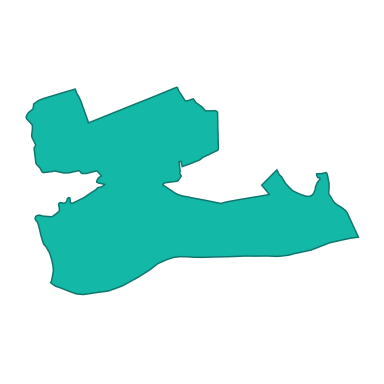 outline of Hai Chau, Đà Nẵng, Vietnam, rotated 91°
{"feature_id": "81297802B10780873415993", "entity_name": "Hai Chau", "entity_type": "district", "adm_level": 2, "iso_a3": "VNM", "parent_name": "Vietnam", "parent_adm1": "Đà Nẵng", "projection": "mercator", "projection_center": [108.212, 16.059], "detail": "fine", "context": "isolated", "style": "filled", "palette": "teal", "viewbox_px": 384, "rotation_deg": 91, "n_neighbors": 0, "source": "geoboundaries", "source_scale": "gbopen_adm2", "svg_char_len": 3878}
<svg xmlns="http://www.w3.org/2000/svg" viewBox="0 0 384 384"><g transform="rotate(91 192 192)"><path d="M285.0,331.8L287.2,329.0L288.7,326.5L290.1,322.0L293.2,313.8L295.9,306.0L296.4,299.0L296.2,297.5L295.9,295.8L295.4,292.2L294.2,285.6L292.5,274.1L289.2,265.3L288.3,263.0L286.7,259.2L283.0,252.9L278.8,245.4L270.7,233.0L266.1,227.3L265.8,226.9L264.2,224.9L260.0,215.9L257.6,209.0L257.6,208.5L256.9,203.1L256.8,202.5L256.9,195.0L257.2,188.6L257.2,188.1L257.1,178.6L256.7,170.9L256.3,160.2L256.1,155.0L255.8,149.4L255.1,137.8L255.0,127.6L254.7,116.6L254.7,115.3L254.7,114.3L254.9,106.6L254.9,105.4L254.5,101.6L253.4,93.9L251.9,88.9L251.2,85.8L251.0,84.7L250.9,84.1L250.8,83.8L247.9,71.8L240.3,53.2L238.6,46.0L237.4,41.3L236.0,35.1L235.4,32.5L234.3,24.8L214.0,34.6L209.9,36.6L207.7,38.4L205.7,41.0L204.3,43.0L202.3,46.7L199.8,49.8L195.0,52.9L194.6,53.1L191.7,55.1L190.2,55.3L185.2,55.0L180.6,55.2L172.8,56.9L170.8,57.6L170.3,58.5L171.4,63.3L171.6,67.6L172.7,67.8L175.3,66.6L175.5,65.1L176.0,64.4L177.2,64.3L180.4,66.9L185.1,68.7L187.1,68.7L191.3,70.4L193.5,72.5L194.4,75.0L194.2,78.0L192.0,84.9L189.0,91.3L185.7,94.9L181.6,98.8L177.5,101.3L175.3,102.7L173.1,105.1L168.4,107.5L183.9,122.4L189.4,117.7L192.9,114.8L193.2,114.7L195.6,127.4L196.4,132.0L198.2,141.4L198.2,141.7L199.5,148.2L199.9,150.3L200.8,154.9L201.5,157.8L202.0,160.0L202.8,162.3L203.1,162.8L202.9,163.2L200.5,176.1L199.3,183.2L198.9,185.5L197.9,191.4L197.1,195.6L196.1,201.7L194.8,205.9L193.1,209.5L191.6,211.6L185.4,221.3L184.6,220.9L184.1,220.6L183.6,220.0L183.4,219.3L183.2,218.6L183.1,217.9L182.0,210.6L181.7,208.7L181.5,207.3L181.3,206.7L181.2,206.5L180.8,206.0L180.0,205.5L176.6,203.2L176.0,203.1L175.1,203.8L173.1,204.6L172.7,204.5L172.4,204.6L172.1,204.6L171.7,204.5L171.5,204.3L171.3,204.0L170.3,204.4L163.2,205.2L161.8,205.5L161.5,203.5L166.8,202.2L163.7,194.1L163.4,193.3L159.7,184.8L159.4,184.3L158.0,182.7L157.1,181.6L153.9,175.1L149.9,167.2L148.9,166.5L148.1,166.4L126.4,167.3L112.5,167.8L111.6,168.1L111.0,168.6L110.3,169.9L110.7,179.9L106.9,183.4L102.6,189.5L98.8,192.4L99.2,193.5L100.1,195.7L101.0,199.0L101.2,200.2L91.2,207.0L89.3,207.9L88.1,208.2L87.6,209.2L88.3,211.0L98.6,234.9L106.0,252.6L119.9,285.4L124.7,296.8L123.0,297.2L109.6,302.3L103.8,304.4L103.1,304.7L98.8,306.8L94.8,309.2L93.6,309.6L91.1,310.6L95.2,323.6L100.9,341.5L102.5,345.5L103.5,347.5L105.0,349.5L106.7,351.8L111.7,352.4L113.8,354.9L115.0,356.5L117.3,358.1L119.1,358.9L120.3,359.2L121.9,358.4L127.8,352.8L132.4,352.7L138.3,353.3L139.3,353.2L140.5,352.8L146.9,349.5L147.3,349.3L148.3,349.3L149.1,349.5L149.4,349.8L150.2,350.5L151.6,350.6L152.9,350.4L155.2,350.1L162.2,349.1L165.4,348.7L166.3,348.4L167.1,347.9L168.9,346.1L170.6,344.5L171.3,343.9L172.9,343.2L174.2,342.6L174.7,341.9L174.9,341.6L175.1,340.9L175.1,340.0L174.0,332.1L173.6,330.9L173.4,329.7L175.2,320.5L175.0,315.4L174.6,313.6L172.7,305.9L172.8,305.0L173.6,304.2L175.0,303.0L175.4,302.1L175.4,298.0L172.5,287.8L173.8,286.2L177.5,282.8L178.5,284.4L179.3,285.6L181.3,286.9L183.3,287.5L183.9,287.4L184.6,285.8L184.9,284.3L185.9,279.4L186.9,280.3L188.4,282.3L189.3,286.3L191.4,288.2L192.1,289.2L195.3,294.1L197.2,296.7L198.4,298.4L199.1,299.3L199.6,300.1L205.4,311.3L205.3,312.4L205.1,313.3L200.5,313.9L199.9,314.3L199.7,314.9L200.0,315.7L200.8,316.5L201.8,316.7L202.9,316.9L204.0,317.5L205.0,318.4L205.3,319.2L205.4,320.1L205.2,321.5L204.9,322.8L205.0,323.9L205.4,324.5L205.9,324.9L206.7,325.1L208.5,324.8L209.6,324.6L210.8,324.3L213.2,324.3L214.0,325.0L216.8,328.3L218.7,330.9L219.2,332.1L219.1,333.9L218.9,337.3L218.7,340.9L218.1,342.5L217.8,344.9L218.3,346.2L218.4,346.9L219.5,347.9L220.8,348.4L222.4,348.1L223.7,347.2L224.7,346.1L226.3,345.4L228.4,344.8L232.1,343.7L237.3,342.5L242.3,341.0L246.8,339.4L249.4,336.9L255.3,333.4L261.7,331.2L267.9,329.8L272.9,329.2L279.0,330.1L284.1,331.1L285.0,331.8Z" fill="#14b8a6" stroke="#0f766e" stroke-width="1.5"/></g></svg>